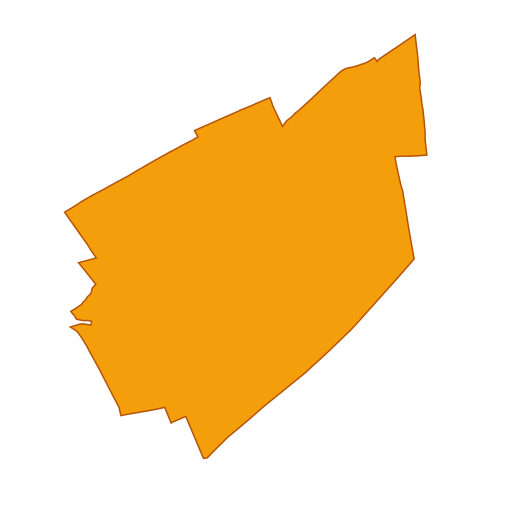 outline of Scanteiesti, Galati, Romania, rotated 260°
{"feature_id": "2599482B67420724035432", "entity_name": "Scanteiesti", "entity_type": "district", "adm_level": 2, "iso_a3": "ROU", "parent_name": "Romania", "parent_adm1": "Galati", "projection": "albers", "projection_center": [27.986, 45.7], "detail": "fine", "context": "isolated", "style": "filled", "palette": "amber", "viewbox_px": 512, "rotation_deg": 260, "n_neighbors": 0, "source": "geoboundaries", "source_scale": "gbopen_adm2", "svg_char_len": 3147}
<svg xmlns="http://www.w3.org/2000/svg" viewBox="0 0 512 512"><g transform="rotate(260 256 256)"><path d="M340.4,94.9L339.6,93.0L337.0,86.9L335.9,84.3L335.4,83.0L333.6,78.3L332.6,75.7L332.4,75.1L329.7,76.3L326.3,77.9L295.0,92.7L291.8,93.8L287.9,95.5L281.9,98.4L281.2,91.6L280.2,80.1L265.1,88.4L256.5,92.9L255.7,93.3L255.3,92.6L253.9,90.6L253.4,89.7L251.9,88.7L250.1,88.0L248.1,87.1L247.0,85.8L246.8,85.6L244.9,82.6L243.4,81.4L241.8,79.8L240.3,77.4L238.6,75.6L236.2,70.5L234.9,67.3L233.9,64.7L233.7,64.0L230.5,65.6L229.3,66.6L228.3,67.1L226.9,67.3L224.8,68.4L224.3,69.6L222.5,74.5L222.3,75.2L222.1,75.8L221.7,79.1L220.3,82.8L218.2,82.0L217.7,81.9L216.7,81.5L217.1,80.0L219.4,73.4L219.5,70.6L219.2,68.4L219.0,66.5L218.3,60.8L217.6,61.6L217.3,61.9L214.2,65.2L213.8,65.6L213.0,66.4L211.1,67.6L206.2,69.9L203.9,70.8L198.9,72.8L196.0,74.0L193.0,74.8L190.8,75.5L187.3,76.7L184.3,77.7L171.4,82.1L155.0,87.2L143.7,90.7L135.2,93.4L133.3,94.0L132.8,94.2L132.1,94.4L130.9,94.8L128.6,94.9L125.5,95.1L122.3,95.2L122.4,101.6L122.4,106.5L122.3,121.2L122.4,131.5L122.6,136.9L122.8,139.8L114.6,141.6L106.3,143.4L107.2,146.0L107.4,147.6L107.9,149.2L110.2,159.0L66.7,168.9L65.7,169.3L65.7,170.8L65.7,172.0L65.6,172.8L71.9,181.5L79.1,191.9L81.8,195.8L82.8,197.3L87.0,204.7L96.1,220.5L105.5,235.9L110.0,243.9L122.6,266.6L123.1,267.4L131.3,282.2L132.4,284.2L133.0,285.1L138.2,293.2L147.8,308.3L149.6,311.0L167.0,336.9L168.8,339.3L169.1,339.7L171.0,342.2L192.4,369.5L212.9,395.5L214.2,397.1L223.5,408.6L225.8,411.3L226.4,411.2L259.8,411.2L266.2,411.4L267.3,411.4L290.8,411.7L295.1,411.7L296.0,411.6L297.7,411.4L299.5,411.0L311.0,410.5L311.3,410.4L315.5,410.3L320.8,410.1L325.0,410.1L329.6,410.0L329.1,416.1L328.2,421.2L327.0,428.6L325.7,441.8L341.4,442.8L348.4,444.0L363.0,445.3L372.3,445.9L373.9,445.7L374.6,445.7L377.1,445.8L380.2,446.0L383.4,446.2L386.3,446.2L387.1,446.3L392.8,446.3L398.0,447.9L399.2,448.0L399.7,448.0L407.6,448.3L411.0,448.6L416.1,449.1L424.4,449.9L426.2,450.0L436.7,450.6L440.6,450.8L446.4,451.2L441.3,439.8L437.5,431.6L436.2,428.4L434.6,424.8L434.1,423.8L431.2,417.3L428.4,411.1L426.5,409.1L430.7,407.1L427.5,399.1L426.6,394.9L426.6,393.5L425.8,389.2L425.4,385.7L425.1,377.3L424.0,373.6L422.4,370.5L413.3,356.3L410.3,351.7L404.2,342.4L402.7,340.2L402.3,339.6L401.8,338.9L395.5,328.9L392.9,325.0L390.9,321.4L389.7,319.0L387.9,316.9L386.0,313.8L383.7,309.5L379.1,304.6L389.6,301.7L398.5,299.3L400.4,298.7L404.0,298.2L409.5,297.3L409.2,296.1L408.9,294.5L408.3,291.7L407.5,288.5L406.8,285.3L405.9,281.6L405.8,281.2L405.7,281.1L405.5,280.5L403.9,273.2L402.9,268.3L402.7,267.1L402.5,266.2L402.1,265.1L401.8,264.3L397.5,246.6L396.3,241.8L393.3,229.8L393.3,229.6L392.4,225.9L390.2,217.2L383.4,219.5L382.2,216.1L381.2,213.7L380.2,210.4L378.1,203.6L376.0,197.3L375.7,196.6L375.6,196.4L373.6,190.0L373.6,189.7L371.9,185.0L370.3,180.3L366.6,169.7L364.6,164.2L364.2,163.0L364.1,162.8L362.5,158.7L361.5,155.7L359.6,150.6L357.6,145.6L357.3,144.9L353.2,132.2L351.8,128.3L350.1,123.4L348.9,119.8L347.7,116.5L346.9,113.8L346.0,111.0L343.9,104.5L343.1,102.3L340.9,96.3L340.7,95.7L340.5,95.2L340.4,94.9Z" fill="#f59e0b" stroke="#b45309" stroke-width="1.5"/></g></svg>